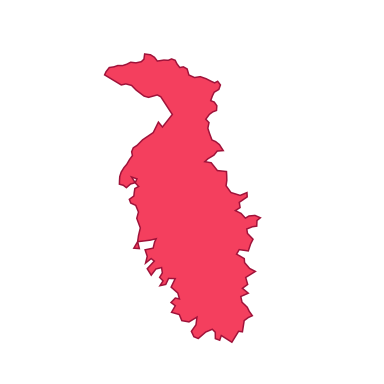 the district of Vila Lângaro, Rio Grande do Sul, Brazil, rotated 149°
{"feature_id": "56859067B11658181648524", "entity_name": "Vila Lângaro", "entity_type": "district", "adm_level": 2, "iso_a3": "BRA", "parent_name": "Brazil", "parent_adm1": "Rio Grande do Sul", "projection": "albers", "projection_center": [-52.143, -28.132], "detail": "fine", "context": "isolated", "style": "filled", "palette": "rose", "viewbox_px": 384, "rotation_deg": 149, "n_neighbors": 0, "source": "geoboundaries", "source_scale": "gbopen_adm2", "svg_char_len": 2434}
<svg xmlns="http://www.w3.org/2000/svg" viewBox="0 0 384 384"><g transform="rotate(149 192 192)"><path d="M235.9,229.2L234.9,224.2L239.2,224.4L241.7,221.4L243.9,218.5L249.5,218.0L250.2,214.1L247.1,209.5L248.2,202.4L252.9,197.9L254.8,187.8L260.3,182.2L264.2,177.4L252.5,172.2L246.8,170.4L249.9,168.3L254.2,163.9L262.0,166.6L263.5,159.9L268.4,155.0L261.3,156.0L259.9,152.2L269.9,149.3L269.8,141.7L262.6,144.6L257.0,142.9L259.1,137.9L263.7,135.5L262.6,130.7L267.7,128.2L262.1,126.3L256.6,130.0L251.0,126.4L258.9,121.2L256.2,112.7L257.8,106.8L260.9,109.7L266.9,108.1L264.9,103.1L271.5,99.4L266.0,93.5L267.0,87.0L261.5,82.2L252.2,82.2L257.0,76.1L264.3,72.9L264.9,67.0L262.1,63.2L252.4,64.9L245.3,63.9L244.3,59.8L247.5,54.3L244.6,50.7L240.8,53.9L235.2,42.7L223.8,48.6L220.8,46.2L213.5,54.9L208.3,55.4L204.0,54.9L204.4,60.2L204.0,64.8L205.9,71.8L204.0,77.3L195.9,76.3L198.4,83.5L191.9,84.1L190.0,91.1L178.6,91.3L182.0,96.8L183.3,104.4L181.5,108.0L185.8,115.8L181.2,118.3L174.1,112.5L168.5,117.3L164.0,120.1L165.8,127.9L164.1,132.1L158.1,131.1L154.1,129.4L151.0,134.1L146.7,134.7L150.1,139.5L155.5,142.1L159.7,142.1L161.0,148.4L164.4,153.7L158.8,153.9L156.8,158.8L147.2,159.4L145.2,163.2L152.5,164.3L158.9,171.5L159.6,179.8L156.2,184.0L153.8,188.2L151.9,191.8L159.2,197.3L160.5,207.2L165.4,211.4L161.1,212.3L154.2,212.3L149.3,214.1L143.9,211.4L144.1,218.5L145.8,223.1L148.1,226.3L146.9,232.9L145.6,238.5L141.7,242.7L142.7,247.3L137.1,249.6L133.0,250.0L129.0,249.3L126.3,253.1L126.6,257.6L128.9,260.7L125.0,263.9L121.6,266.1L116.2,266.1L112.5,269.1L113.0,273.7L116.4,273.9L118.6,277.1L121.6,281.9L125.5,286.6L130.9,288.8L134.4,293.9L132.8,300.0L134.9,303.7L138.4,305.0L138.9,309.6L138.6,313.6L141.0,316.6L144.5,317.1L148.2,319.6L154.3,322.1L154.8,326.8L156.9,331.0L161.5,334.7L164.8,330.6L168.4,329.8L173.6,331.6L177.7,334.8L182.0,335.1L186.4,336.1L190.4,338.6L194.5,339.5L198.8,341.3L203.7,339.4L206.6,337.4L197.5,320.2L193.0,318.7L188.9,314.5L187.4,308.2L185.1,302.4L183.7,298.9L180.5,295.5L175.1,294.0L171.8,293.1L169.7,289.7L169.1,272.7L168.9,268.6L183.9,262.9L184.8,269.2L194.6,262.9L207.4,262.2L214.8,260.3L219.6,260.1L223.0,257.6L224.3,253.9L228.6,252.1L233.7,249.3L237.6,248.0L242.5,245.5L246.0,242.4L248.2,239.2L250.2,236.1L247.4,233.1L246.0,229.5L240.6,230.5L235.9,229.2ZM235.9,229.2L236.1,236.0L232.4,231.6L235.9,229.2ZM270.8,173.8L266.3,170.6L264.2,177.4L270.8,173.8Z" fill="#f43f5e" stroke="#9f1239" stroke-width="1.5"/></g></svg>